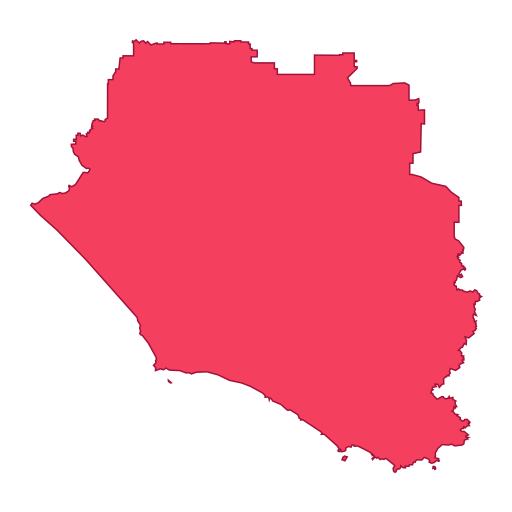 Manjimup, Western Australia, Australia (Mercator projection)
{"feature_id": "25037944B58524535883846", "entity_name": "Manjimup", "entity_type": "district", "adm_level": 2, "iso_a3": "AUS", "parent_name": "Australia", "parent_adm1": "Western Australia", "projection": "mercator", "projection_center": [116.36, -34.598], "detail": "fine", "context": "isolated", "style": "filled", "palette": "rose", "viewbox_px": 512, "rotation_deg": 0, "n_neighbors": 0, "source": "geoboundaries", "source_scale": "gbopen_adm2", "svg_char_len": 5991}
<svg xmlns="http://www.w3.org/2000/svg" viewBox="0 0 512 512"><path d="M339.5,54.7L339.3,55.3L314.5,55.1L314.5,74.4L277.3,74.4L277.3,68.8L274.4,68.8L274.4,62.9L254.4,62.9L251.2,61.9L251.2,56.9L257.2,56.8L257.2,50.2L252.0,50.2L252.0,48.6L250.2,48.6L250.2,44.1L248.6,44.1L248.6,42.0L240.9,42.0L240.9,40.8L234.4,40.7L234.0,41.9L229.8,41.4L229.8,43.8L226.1,43.8L226.1,41.8L224.8,41.8L224.8,43.1L210.2,42.9L209.7,43.8L170.7,43.7L170.7,42.3L163.9,42.3L163.9,44.0L157.2,44.0L157.2,43.1L156.0,43.1L150.9,45.0L147.6,41.5L145.9,43.2L143.6,40.8L140.8,41.4L139.2,43.0L136.1,39.8L133.9,41.6L132.6,40.9L132.3,42.3L133.6,43.6L133.6,55.8L123.0,55.8L123.0,58.0L120.1,58.0L118.9,69.0L115.7,69.0L115.7,71.6L113.0,75.8L113.0,79.6L108.3,79.6L108.3,83.8L107.6,83.8L107.5,118.2L105.2,119.4L105.3,120.8L104.1,121.7L100.8,120.7L99.9,121.2L98.2,119.1L94.7,119.1L95.3,120.2L93.1,120.8L92.0,124.0L91.7,126.3L92.4,126.3L91.5,127.3L92.7,128.5L90.2,129.6L90.3,131.1L89.5,131.0L89.3,132.7L87.7,132.4L87.9,133.4L86.3,134.0L87.0,136.4L85.7,136.7L82.8,135.1L80.7,135.8L80.1,133.3L77.9,133.2L77.9,135.2L76.2,135.2L76.3,139.3L73.6,139.3L73.6,141.3L75.8,141.3L75.8,144.0L71.3,144.3L71.4,146.4L73.1,148.7L73.3,151.5L74.6,154.2L78.4,156.9L79.1,160.2L81.9,165.2L86.4,168.5L88.6,168.2L90.1,169.2L88.1,172.7L83.2,172.4L75.5,184.5L71.8,186.7L69.1,185.4L68.7,186.4L69.5,188.5L68.8,190.8L65.6,192.9L62.7,193.5L59.4,192.5L57.6,193.8L50.0,194.6L48.6,196.2L42.8,198.4L38.2,202.8L34.8,204.1L32.1,203.2L30.7,205.3L40.9,215.8L56.8,229.9L85.6,259.3L137.2,317.5L137.8,321.0L140.4,325.0L139.7,328.0L140.6,331.4L139.7,333.5L140.8,334.9L142.1,335.1L148.3,343.1L155.8,356.7L156.5,359.3L155.6,360.6L155.9,362.8L153.5,365.3L155.6,367.6L155.5,370.6L160.5,368.8L163.4,369.8L166.0,368.1L169.5,370.1L179.9,370.6L186.0,372.9L189.0,372.7L191.5,373.9L196.3,372.2L207.0,371.8L218.2,374.9L229.4,380.3L241.5,382.9L250.3,386.3L262.3,392.8L265.0,395.3L265.1,397.3L267.5,396.9L269.0,398.2L269.3,399.8L269.8,398.3L270.7,398.1L272.8,401.0L281.1,404.5L286.9,409.8L288.1,410.4L289.8,409.7L295.9,413.4L298.1,415.0L299.2,418.3L301.2,419.1L300.8,420.0L302.9,419.8L321.0,431.8L321.9,433.2L321.3,434.3L324.2,434.2L337.1,445.8L339.1,448.9L338.0,450.4L338.3,451.4L339.5,451.5L340.6,449.6L341.2,451.8L344.7,451.1L345.7,450.2L345.9,447.9L348.3,446.5L351.1,447.1L352.1,444.9L353.9,445.1L354.2,446.2L357.8,446.0L370.6,452.5L371.6,454.2L372.3,454.0L372.3,455.6L373.8,455.3L374.1,456.9L372.3,458.6L373.1,458.7L372.9,459.0L372.9,459.3L375.0,457.0L376.6,458.2L378.0,457.2L380.1,459.6L381.8,458.9L383.9,459.4L385.6,458.4L387.3,459.4L394.8,465.5L393.1,468.5L393.6,471.1L394.7,472.2L396.0,471.8L396.9,469.2L399.7,468.8L400.9,466.9L400.8,465.9L403.1,467.7L405.5,467.8L405.2,466.1L409.0,466.3L409.4,464.7L412.5,464.8L413.5,462.3L415.3,462.1L415.4,461.1L417.0,459.8L421.8,460.0L424.3,457.4L428.6,459.1L429.7,460.5L429.1,462.1L431.6,463.2L434.0,462.6L436.8,460.4L438.8,461.3L439.3,460.7L438.4,459.9L438.7,458.7L434.8,457.7L435.5,455.9L435.2,453.1L437.9,448.4L442.2,444.6L448.6,445.0L451.5,444.2L454.9,445.9L462.1,445.0L463.8,443.9L464.4,440.1L467.9,438.9L466.9,437.8L468.1,437.4L466.0,437.0L465.7,436.1L468.3,434.9L464.1,431.4L461.9,431.5L460.3,430.0L461.7,428.5L463.3,428.5L463.9,426.8L465.0,427.9L467.2,425.9L469.3,425.6L468.5,424.5L469.3,423.4L468.2,423.0L469.9,422.1L467.0,419.3L464.5,419.6L464.3,420.5L462.6,421.2L460.0,419.3L460.4,417.8L456.9,415.6L457.9,414.7L454.9,414.0L453.0,411.2L452.1,411.2L454.0,409.0L454.0,406.8L455.2,407.9L455.5,406.9L456.7,406.7L455.2,403.9L455.1,402.2L455.9,401.1L452.9,399.4L452.9,397.4L449.7,398.2L449.1,396.5L448.2,398.1L445.9,398.9L443.7,397.8L443.3,396.7L441.9,396.6L437.2,399.3L433.3,395.4L432.7,393.4L431.0,393.1L431.5,390.7L433.1,389.7L432.1,389.1L432.5,387.3L436.3,386.6L434.9,384.1L437.8,384.3L439.3,387.4L442.1,384.3L443.8,383.9L443.6,378.9L445.5,376.8L446.6,376.8L447.2,375.5L449.1,375.8L449.0,374.7L450.3,372.9L449.4,371.3L450.3,368.5L455.6,370.4L459.5,367.8L459.9,367.1L458.8,365.7L459.9,364.2L463.6,362.7L462.2,360.8L462.3,360.0L463.9,360.0L463.9,358.0L463.0,357.7L463.7,356.0L461.5,355.8L461.7,352.8L459.6,350.3L458.5,350.2L461.6,347.2L462.4,347.3L464.3,343.5L466.1,344.5L466.5,340.5L465.1,336.9L468.7,337.9L474.1,333.6L473.1,331.4L475.4,330.1L476.3,328.4L475.4,327.1L476.5,326.2L475.7,324.1L476.1,323.4L475.3,322.7L476.1,321.1L474.4,321.6L474.2,319.4L472.9,317.3L473.5,314.2L476.3,315.4L474.5,311.7L475.3,309.2L474.6,308.4L473.8,304.3L475.1,304.5L475.5,301.3L477.5,301.4L479.7,300.1L479.2,298.1L480.3,297.5L480.0,296.6L481.3,296.5L479.4,295.2L479.5,293.9L477.9,293.2L476.8,290.8L474.8,289.8L472.9,292.0L469.9,290.9L467.5,292.2L463.3,291.1L462.6,290.1L459.4,289.9L458.7,288.9L456.8,289.9L456.2,286.1L454.4,285.3L453.8,282.9L455.3,282.7L454.8,281.4L456.5,280.0L457.4,275.8L460.7,277.6L462.6,276.6L461.4,274.2L459.5,275.0L458.6,274.1L461.0,270.3L463.4,268.9L464.8,270.1L465.6,269.2L464.8,267.5L463.6,267.1L463.6,266.0L461.9,265.9L461.6,263.4L459.6,261.9L460.1,260.2L457.9,258.7L457.7,258.0L458.6,257.4L457.1,256.3L458.3,255.7L457.9,254.3L458.5,253.7L459.7,255.3L461.8,253.1L463.0,253.1L462.8,252.1L461.9,252.0L463.3,250.8L462.9,249.5L463.7,248.9L463.8,247.4L458.7,240.9L455.0,238.9L454.2,236.1L454.2,222.2L458.9,222.3L458.9,205.4L461.4,205.4L461.2,201.1L458.9,201.1L458.9,197.5L451.3,192.2L445.7,186.3L431.7,183.2L421.2,177.0L411.8,174.4L409.7,174.6L409.7,163.2L413.0,163.2L413.0,153.6L420.6,152.0L421.2,123.6L424.5,124.0L424.5,109.9L418.4,110.2L418.2,105.1L416.8,105.1L417.2,103.3L418.5,103.3L419.0,101.9L418.7,98.6L414.9,100.1L409.0,100.1L409.0,85.1L404.8,82.9L393.2,83.5L390.1,85.4L388.1,85.6L350.7,85.6L350.5,83.0L347.5,77.9L357.1,68.4L357.1,66.7L354.2,66.7L354.2,61.8L356.6,61.8L356.6,60.4L354.2,60.4L354.2,53.0L342.8,53.0L342.8,54.7L339.5,54.7ZM342.0,459.7L344.9,460.8L347.2,456.9L344.5,456.1L343.1,457.1L342.0,459.7ZM435.7,468.2L434.8,466.6L433.1,466.5L432.9,468.4L434.6,467.9L434.7,469.3L435.5,469.1L435.7,468.2ZM168.5,381.5L170.8,383.0L171.3,382.8L168.4,380.2L168.5,381.5Z" fill="#f43f5e" stroke="#9f1239" stroke-width="1.5"/></svg>